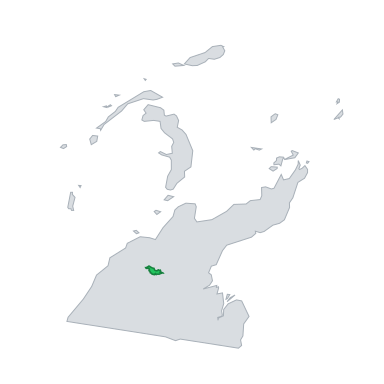 location of Mul/Baiyer District, Western Highlands, Papua New Guinea, rotated 279°
{"feature_id": "67681753B50383451708393", "entity_name": "Mul/Baiyer District", "entity_type": "district", "adm_level": 2, "iso_a3": "PNG", "parent_name": "Papua New Guinea", "parent_adm1": "Western Highlands", "projection": "equal_earth", "projection_center": [144.148, -5.548], "detail": "fine", "context": "in_parent", "style": "filled", "palette": "green", "viewbox_px": 384, "rotation_deg": 279, "n_neighbors": 0, "source": "geoboundaries", "source_scale": "gbopen_adm2", "svg_char_len": 5791}
<svg xmlns="http://www.w3.org/2000/svg" viewBox="0 0 384 384"><g transform="rotate(279 192 192)"><path d="M45.0,262.3L44.9,203.4L42.6,199.0L44.8,188.5L44.6,88.7L48.9,89.2L69.2,101.4L83.0,107.7L95.0,110.7L106.0,120.6L114.2,121.2L126.3,135.2L131.2,136.1L139.7,147.8L140.2,157.3L139.3,163.3L152.3,169.0L164.8,177.1L171.6,177.9L175.3,180.8L180.0,187.7L180.8,196.9L178.1,198.5L166.4,198.5L163.2,201.5L167.8,216.0L178.3,229.2L186.3,235.3L188.6,247.3L192.6,251.0L195.2,260.5L199.3,261.5L207.3,260.0L208.6,263.9L207.4,269.9L208.5,272.4L223.3,277.4L218.3,280.5L220.5,286.0L230.1,290.7L236.1,292.5L239.7,292.0L235.5,294.7L231.7,293.9L231.0,294.7L232.6,297.0L235.7,299.4L232.4,302.6L229.2,303.1L223.2,301.0L218.1,295.1L202.0,292.5L196.5,289.9L192.0,290.8L179.0,287.6L174.8,283.4L171.9,277.1L164.3,269.4L162.5,265.7L163.2,260.7L161.1,261.5L156.7,257.8L144.9,234.6L138.9,231.3L124.0,227.3L121.8,222.7L114.8,221.0L113.2,224.0L107.5,226.1L102.7,223.9L97.9,218.2L103.6,231.1L101.6,231.0L102.5,233.0L101.4,233.3L95.2,232.6L97.1,237.9L86.8,240.8L79.2,239.8L75.6,241.1L74.1,241.0L72.1,237.0L69.3,237.8L71.6,237.8L74.6,242.4L81.0,241.7L87.2,245.2L92.4,252.8L92.2,258.1L78.0,267.8L69.8,263.7L57.8,264.8L53.5,263.1L48.2,265.0L45.0,262.3ZM259.8,131.7L262.7,134.3L265.7,131.5L271.4,135.0L270.3,147.8L268.4,151.4L263.5,152.7L262.9,154.5L266.1,162.1L264.7,164.8L260.5,167.6L253.6,167.3L251.7,172.5L247.9,177.1L232.9,186.3L216.6,187.0L211.3,181.3L205.7,182.4L198.2,175.7L191.9,173.0L190.6,170.4L190.8,167.1L192.5,165.2L203.8,165.5L210.9,168.1L220.2,166.6L222.9,164.5L223.9,156.3L225.4,152.9L227.0,154.4L225.0,160.8L227.2,166.5L233.9,164.8L238.1,166.2L241.4,164.5L246.2,155.6L249.9,151.5L256.8,149.4L256.7,142.9L254.3,133.8L255.3,131.2L259.8,131.7ZM341.4,197.6L340.5,200.5L340.1,199.6L336.6,202.3L332.7,201.4L329.2,198.5L326.6,193.3L326.5,187.5L322.7,184.8L317.8,177.4L316.8,172.5L317.3,164.4L324.5,169.1L331.8,183.1L338.8,189.4L341.4,197.6ZM285.8,135.3L281.0,148.1L278.0,142.8L276.8,139.2L276.6,129.4L269.0,114.7L261.0,109.8L244.9,94.6L238.6,92.1L240.2,91.5L240.2,87.7L248.1,95.7L253.1,97.6L259.6,103.7L264.1,105.8L283.5,128.7L285.8,135.3ZM157.4,71.7L172.7,72.2L173.0,74.0L170.9,74.2L168.4,77.3L159.3,76.4L155.3,78.0L155.0,75.8L156.5,75.1L156.2,72.8L157.4,71.7ZM233.5,268.3L236.3,270.5L238.7,270.2L240.4,272.8L240.7,276.9L239.7,277.8L239.0,276.5L231.7,275.7L233.1,273.4L231.7,268.7L233.5,268.3ZM232.5,90.1L227.1,90.0L223.0,85.1L228.3,82.7L232.3,85.0L232.5,90.1ZM244.3,286.2L247.8,283.6L248.6,284.5L247.2,290.9L241.9,288.2L238.4,278.0L244.3,286.2ZM272.8,259.4L278.6,258.3L281.4,261.0L282.3,262.0L281.7,264.7L276.8,263.6L272.8,259.4ZM285.8,320.8L296.6,327.7L292.6,328.9L289.2,327.0L288.8,325.3L287.4,325.9L288.1,324.7L285.8,320.8ZM184.5,174.6L179.6,169.3L179.9,165.7L185.0,168.9L184.5,174.6ZM229.9,272.3L228.5,272.4L225.3,268.8L227.2,264.6L229.4,266.2L229.9,272.3ZM315.7,164.1L313.6,155.5L315.5,152.9L317.3,158.4L315.7,164.1ZM167.6,164.1L164.3,160.8L166.8,157.7L168.3,159.3L167.6,164.1ZM219.2,60.4L217.3,61.1L214.8,58.3L215.5,55.1L218.4,57.2L219.2,60.4ZM145.4,143.0L143.4,146.0L142.1,143.7L144.3,140.3L145.4,143.0ZM245.3,243.7L245.4,254.0L243.9,251.9L244.6,247.7L243.1,246.5L245.3,243.7ZM93.7,246.3L97.0,250.6L89.1,243.8L93.7,246.3ZM96.6,245.4L92.2,243.6L91.3,242.3L96.5,242.9L96.6,245.4ZM307.0,321.8L306.7,323.2L303.8,323.5L301.9,321.4L303.8,321.9L303.5,320.5L307.0,321.8ZM276.1,100.3L276.3,105.0L274.2,101.7L276.1,100.3ZM265.4,97.7L264.6,99.0L262.6,95.7L263.0,95.0L265.4,97.7ZM240.6,300.7L240.3,302.8L238.4,301.7L238.6,300.4L240.6,300.7ZM263.7,94.0L262.1,94.6L262.4,91.3L263.7,94.0ZM180.8,79.0L181.0,81.4L178.9,80.8L180.8,79.0ZM296.4,127.0L296.1,129.1L294.9,128.4L296.4,127.0Z" fill="#d9dde1" stroke="#a8b0b8" stroke-width="1"/><path d="M110.7,166.4L110.7,165.0L111.4,162.9L111.4,162.7L111.5,162.7L111.6,162.3L111.6,162.2L111.8,162.0L111.9,161.9L112.0,161.8L112.0,161.7L112.1,161.4L112.1,161.1L112.1,160.9L111.9,160.7L111.7,160.5L111.4,160.5L111.4,160.3L111.3,160.2L111.2,160.1L111.1,159.9L110.9,159.6L110.7,159.5L110.7,159.3L110.6,159.2L110.4,159.0L110.3,158.8L110.3,158.7L110.2,158.7L109.9,158.5L109.9,158.4L109.8,158.5L109.7,158.5L109.7,158.4L109.6,158.2L109.6,158.3L109.4,158.5L109.4,158.8L109.4,159.1L109.5,159.2L109.5,159.3L109.5,159.5L109.6,159.8L109.7,160.0L109.6,160.3L109.6,160.5L109.5,160.8L109.5,161.0L109.6,161.3L109.5,161.5L109.4,161.9L109.4,162.0L109.2,162.1L108.9,162.0L108.7,162.0L108.4,162.0L108.3,161.9L108.2,161.9L107.9,161.8L107.7,161.8L107.4,162.0L107.3,162.3L107.3,162.5L107.2,162.6L107.2,162.8L107.0,163.0L106.9,163.0L106.7,163.0L106.5,163.3L106.4,163.3L106.2,163.4L105.9,163.3L105.7,163.4L105.7,163.5L105.5,163.9L105.5,164.0L105.5,164.3L105.4,164.4L105.4,164.5L105.5,164.5L105.5,164.8L105.4,164.9L105.3,165.0L105.2,165.0L104.9,165.1L104.7,165.2L104.7,165.3L104.7,165.5L104.6,165.8L104.5,166.1L104.6,166.3L104.7,166.6L104.7,166.8L104.6,167.0L104.4,167.2L104.4,167.3L104.4,167.5L104.5,167.7L104.6,167.8L104.7,168.0L104.8,168.0L104.9,168.3L105.0,168.3L105.1,168.2L105.2,168.3L105.3,168.3L105.3,168.5L105.2,168.5L105.3,168.6L105.3,168.8L105.3,169.0L105.2,169.1L105.3,169.1L105.2,169.2L105.2,169.3L105.7,172.5L106.5,173.7L106.6,173.8L106.8,174.0L106.8,174.3L106.9,174.5L107.0,174.6L107.0,174.8L107.3,175.1L107.5,175.5L107.5,176.0L107.6,175.9L107.6,175.7L107.5,175.4L107.6,175.2L107.7,174.9L107.8,174.7L107.7,174.4L107.6,174.2L107.7,173.4L107.8,173.5L107.8,173.4L107.9,173.5L108.0,173.5L108.0,173.4L108.2,173.2L108.4,173.2L108.5,173.2L108.8,173.3L109.0,173.4L109.2,173.1L109.6,173.0L109.5,172.9L109.4,172.9L109.3,172.7L109.5,172.6L109.6,172.3L109.6,172.1L109.6,171.9L109.6,171.7L109.9,171.1L109.6,170.5L109.2,170.4L109.0,170.2L108.9,170.0L108.8,169.9L108.8,169.7L108.7,169.7L108.6,169.4L108.6,169.2L108.6,168.8L109.0,167.3L110.7,166.4Z" fill="#22c55e" stroke="#15803d" stroke-width="1.5"/></g></svg>